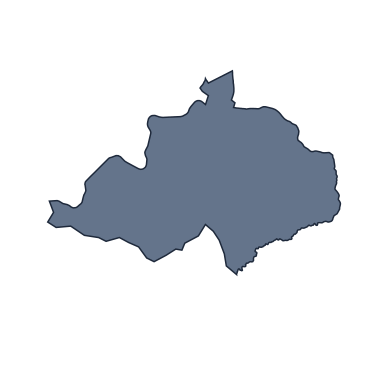 Oforikrom Municipal, Ashanti, Ghana, rotated 332°
{"feature_id": "2480657B70835976798974", "entity_name": "Oforikrom Municipal", "entity_type": "district", "adm_level": 2, "iso_a3": "GHA", "parent_name": "Ghana", "parent_adm1": "Ashanti", "projection": "mercator", "projection_center": [-1.536, 6.676], "detail": "fine", "context": "isolated", "style": "filled", "palette": "slate", "viewbox_px": 384, "rotation_deg": 332, "n_neighbors": 0, "source": "geoboundaries", "source_scale": "gbopen_adm2", "svg_char_len": 6116}
<svg xmlns="http://www.w3.org/2000/svg" viewBox="0 0 384 384"><g transform="rotate(332 192 192)"><path d="M301.3,283.2L302.2,283.0L303.2,282.4L304.1,281.4L306.3,279.6L309.9,279.3L314.3,276.4L315.0,275.1L315.3,274.8L317.1,272.7L317.7,271.7L317.9,270.7L317.9,269.1L317.7,268.1L317.7,267.3L318.1,266.7L318.9,265.7L320.1,264.5L320.4,263.7L320.5,262.6L320.4,261.2L320.2,259.7L319.9,258.3L319.6,257.2L319.7,256.4L320.1,255.7L321.4,254.2L322.3,253.4L323.4,252.6L323.8,252.1L324.1,251.6L324.2,251.0L324.5,250.5L324.8,250.2L325.3,249.8L325.5,249.5L325.7,248.7L325.9,248.0L326.2,247.7L326.6,247.4L327.1,247.0L327.4,246.5L327.6,246.0L327.6,245.2L327.5,244.6L327.6,244.0L328.0,243.2L329.0,241.3L329.1,240.7L329.0,240.2L328.7,239.4L328.5,238.3L328.9,237.7L329.3,237.4L329.8,236.9L330.1,236.4L330.5,235.4L332.5,229.8L332.6,227.6L333.0,226.5L333.5,225.5L332.0,222.1L331.5,221.5L328.4,220.1L326.9,219.4L325.0,218.0L324.6,217.3L321.1,214.3L319.9,213.6L317.7,213.1L316.2,212.2L315.7,211.6L314.5,208.4L312.2,204.6L312.2,203.3L312.2,202.3L312.0,201.1L311.6,199.6L310.9,198.3L310.5,197.3L310.0,196.5L310.0,195.7L310.2,194.8L310.7,193.6L311.9,192.2L313.2,191.0L313.9,189.9L314.6,189.0L315.0,188.0L315.5,184.5L315.4,184.3L315.3,183.5L315.3,182.3L315.0,181.7L314.5,181.0L313.0,179.2L312.5,178.5L312.2,177.8L312.0,177.0L311.6,176.2L311.2,175.5L310.5,174.8L309.6,173.8L308.9,172.6L308.3,171.5L307.8,170.3L307.1,167.3L306.9,166.2L306.7,164.9L306.1,162.5L305.1,160.0L304.3,158.5L303.8,157.8L303.1,157.0L302.6,156.4L301.9,155.7L298.2,152.4L297.3,151.6L296.5,151.0L295.1,150.3L294.2,150.1L292.6,150.0L291.0,150.0L290.1,149.8L289.0,149.3L286.9,148.0L283.1,145.9L281.8,145.3L278.6,144.2L278.3,143.7L276.3,142.4L275.5,142.0L274.8,141.4L274.1,141.0L272.2,139.7L270.8,138.8L268.4,136.9L271.8,133.4L270.0,129.3L273.2,126.3L274.5,125.0L275.4,123.9L276.2,122.8L277.6,120.2L279.2,116.5L279.6,115.2L280.5,113.4L281.4,110.9L282.9,107.4L283.8,105.7L284.5,104.0L257.6,103.5L257.3,100.6L257.1,99.8L257.1,98.2L256.2,99.4L255.2,100.1L254.1,100.7L253.0,101.6L251.7,102.3L249.1,103.3L247.9,104.0L248.1,105.4L248.3,107.5L248.7,108.6L251.7,114.6L245.0,121.1L244.4,119.8L243.7,118.1L242.9,116.4L241.9,115.2L241.3,114.7L240.0,114.0L238.5,113.7L236.6,113.9L231.3,116.0L229.5,116.9L228.7,117.4L226.3,119.6L225.1,120.2L223.6,120.6L219.3,120.6L218.4,120.4L217.1,120.0L206.2,114.8L201.3,112.5L199.8,111.5L198.2,110.2L195.6,107.4L195.0,106.9L194.4,106.6L192.6,105.8L191.5,105.7L190.6,105.8L189.5,106.1L188.0,106.9L186.1,109.0L184.8,110.7L184.3,111.7L184.0,112.7L183.8,113.9L184.0,118.3L183.7,119.9L183.1,120.9L178.9,125.7L174.6,130.6L171.1,133.0L169.6,134.2L168.9,135.0L168.5,136.1L168.0,138.1L167.9,140.5L167.5,142.1L164.5,146.6L163.5,147.5L162.3,148.3L160.5,148.6L159.2,148.6L157.3,147.9L156.1,146.8L155.3,145.8L152.0,140.9L148.5,135.6L147.1,133.2L145.4,127.4L143.9,125.3L142.0,124.2L137.3,123.6L135.6,123.2L134.2,123.2L133.0,123.6L123.4,126.5L115.3,129.0L109.8,130.6L103.9,132.5L102.7,133.0L101.7,134.0L101.0,135.0L100.8,135.9L99.0,140.8L98.1,141.8L96.1,143.3L95.1,143.9L93.2,145.9L90.5,149.0L90.0,149.5L88.5,150.2L86.0,150.7L84.5,151.1L83.3,151.3L82.3,151.3L79.9,150.4L79.0,149.5L78.3,148.6L77.4,146.5L75.9,144.5L72.6,141.6L70.3,137.7L68.9,136.3L61.8,133.1L60.2,145.0L50.5,150.8L55.4,159.5L68.9,165.2L76.6,179.7L88.2,188.4L93.0,195.2L106.5,198.1L112.3,206.8L119.1,215.4L121.0,229.0L125.8,235.7L139.4,235.7L150.9,234.8L155.8,238.6L161.6,233.8L177.0,233.8L188.6,227.0L192.4,236.7L193.4,247.3L191.5,261.8L187.6,273.4L192.6,285.8L192.8,285.3L193.3,284.9L193.7,284.7L194.0,284.4L194.5,283.6L195.1,283.3L195.5,283.0L195.9,282.5L196.2,282.2L196.7,281.9L197.3,281.9L197.6,282.2L197.8,282.5L197.7,283.1L197.7,283.5L197.9,283.8L198.3,283.9L198.6,284.3L198.8,284.6L198.9,284.8L199.4,284.9L199.7,284.8L199.9,284.2L200.1,283.3L200.5,282.3L201.0,281.7L201.7,281.5L202.2,281.8L202.7,282.2L203.3,282.6L203.8,282.8L204.4,282.8L204.8,282.5L205.0,282.0L205.1,281.6L205.1,281.3L205.5,281.2L205.9,281.0L206.4,280.5L206.9,280.5L207.4,280.8L208.0,281.0L208.7,281.0L209.3,280.8L210.1,280.7L210.9,281.0L211.9,281.7L212.5,281.9L213.0,282.0L213.6,281.6L214.2,281.3L215.1,279.5L215.6,278.9L216.1,278.5L216.6,278.4L217.2,278.4L217.8,278.6L218.4,278.7L218.7,278.6L219.1,278.2L219.5,277.3L220.0,277.1L220.7,276.2L220.7,275.6L220.3,275.0L219.9,274.5L219.9,273.9L220.3,273.3L221.1,272.7L221.9,272.0L222.6,272.1L223.2,272.8L223.6,273.1L224.0,273.0L224.4,272.6L224.7,272.3L225.0,272.1L225.6,272.2L226.1,272.5L226.6,272.9L227.0,273.2L227.5,273.4L227.9,273.4L228.3,273.5L228.7,273.6L229.1,273.6L229.5,273.3L229.8,273.2L230.5,273.4L231.7,273.3L232.2,272.7L232.6,272.5L232.9,272.5L233.2,272.8L233.5,273.3L233.8,273.6L234.3,273.9L234.9,273.6L235.6,273.1L236.1,272.8L236.6,272.8L237.2,273.0L237.9,273.6L238.3,273.6L238.8,273.4L239.2,273.5L239.6,273.7L240.0,273.7L240.5,273.7L241.1,273.5L241.6,273.4L242.4,273.4L243.1,273.5L243.7,273.4L244.2,273.2L244.6,273.1L244.9,273.3L245.0,273.6L245.2,274.1L245.4,274.6L245.7,274.9L246.1,275.0L246.5,274.9L246.9,274.6L247.4,274.6L247.8,274.9L248.4,275.8L248.8,276.4L249.1,277.2L249.5,277.8L250.1,278.0L251.6,278.5L252.2,278.7L252.9,279.3L253.4,279.5L254.1,279.6L255.7,279.5L256.1,279.7L256.7,280.1L257.1,280.3L257.5,280.4L257.9,280.3L258.2,280.2L258.5,279.6L258.5,279.1L258.6,278.8L258.9,278.4L259.6,278.3L260.0,278.4L260.6,278.2L262.1,277.3L262.7,277.3L263.1,277.5L263.5,277.7L264.8,277.3L265.3,277.2L265.8,276.9L266.2,276.4L266.5,275.9L266.9,275.6L267.5,275.3L268.6,275.5L269.4,275.9L269.9,276.0L270.5,275.8L271.2,275.4L271.7,275.2L272.4,275.5L273.0,276.0L274.1,276.5L275.1,276.6L276.3,276.7L277.3,276.8L278.7,276.4L279.2,276.2L279.8,276.3L280.1,276.7L280.4,277.2L280.7,277.5L281.2,277.8L281.7,277.9L282.4,277.8L282.9,277.9L283.3,278.1L283.6,278.2L284.6,277.6L284.9,277.3L285.4,277.3L285.7,277.8L285.8,278.5L285.8,278.9L285.9,279.4L286.3,279.9L287.0,280.1L287.4,279.8L287.8,279.4L288.0,278.9L288.3,278.5L288.7,278.4L289.5,278.6L290.5,279.1L292.1,280.1L292.7,280.3L293.4,280.3L294.2,280.1L295.0,280.3L295.8,280.5L296.2,280.6L296.8,281.1L297.3,281.5L297.7,282.1L298.2,282.5L299.0,282.8L299.9,283.0L301.3,283.2Z" fill="#64748b" stroke="#1e293b" stroke-width="1.5"/></g></svg>